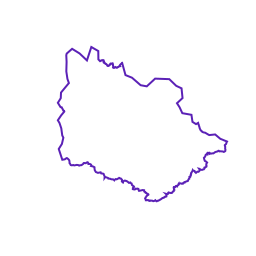 Cagaan-U'ur, Hövsgöl, Mongolia, rotated 125°
{"feature_id": "93677404B89482084042142", "entity_name": "Cagaan-U'ur", "entity_type": "district", "adm_level": 2, "iso_a3": "MNG", "parent_name": "Mongolia", "parent_adm1": "Hövsgöl", "projection": "mercator", "projection_center": [101.619, 50.905], "detail": "fine", "context": "isolated", "style": "outline", "palette": "violet", "viewbox_px": 256, "rotation_deg": 125, "n_neighbors": 0, "source": "geoboundaries", "source_scale": "gbopen_adm2", "svg_char_len": 5631}
<svg xmlns="http://www.w3.org/2000/svg" viewBox="0 0 256 256"><g transform="rotate(125 128 128)"><path d="M191.7,163.6L189.9,161.8L188.0,161.1L187.7,160.8L187.7,159.7L187.9,158.4L188.2,157.6L188.6,157.1L190.4,155.6L190.4,155.2L191.2,153.7L191.1,153.4L190.9,153.0L190.8,152.6L189.7,151.6L189.6,151.2L189.6,150.8L189.5,150.6L187.6,148.8L187.0,147.7L186.9,147.4L186.9,146.7L186.7,146.3L186.3,146.2L185.1,144.8L183.1,144.1L182.2,144.2L181.9,144.0L181.7,143.7L181.4,142.9L181.0,142.4L179.9,142.0L179.2,141.4L179.3,141.1L179.6,140.4L180.2,139.8L179.4,138.8L179.2,137.8L179.2,137.4L179.5,136.7L179.7,136.4L180.3,136.4L179.6,134.6L179.4,133.4L179.4,132.9L180.2,132.4L181.8,130.8L182.1,129.9L182.5,129.1L182.0,126.9L180.0,125.0L180.5,124.2L180.6,123.9L179.7,122.4L179.6,121.6L179.8,121.4L180.5,120.4L181.0,119.4L182.3,118.6L181.5,118.6L181.1,118.3L180.5,116.1L180.4,115.5L180.7,115.1L179.8,113.5L179.8,113.0L179.4,111.9L179.1,111.6L179.0,111.2L178.6,110.7L178.6,109.6L178.7,109.2L178.0,109.2L177.2,108.9L176.8,108.7L176.6,107.9L175.6,107.3L175.0,107.1L174.2,106.6L173.9,106.6L173.8,106.3L173.9,105.4L173.5,104.9L173.8,103.3L173.9,103.2L174.1,102.9L175.1,102.6L175.3,102.2L175.6,101.1L175.5,100.8L175.3,100.9L175.1,101.2L174.5,101.3L173.0,100.6L172.7,100.1L172.6,99.4L172.3,99.0L172.2,98.6L172.3,98.2L172.2,97.6L172.3,96.7L172.2,96.3L172.4,95.9L172.4,95.7L171.3,94.8L171.6,94.3L171.5,93.6L171.4,93.2L172.4,92.1L172.5,91.8L172.4,91.0L172.6,90.5L172.5,89.6L172.7,89.3L173.0,89.5L173.5,89.3L174.3,89.6L175.3,89.0L175.2,88.6L174.7,87.5L174.2,87.0L173.9,86.9L173.4,86.9L173.2,86.7L172.7,85.8L172.3,85.6L172.2,85.1L171.9,84.6L173.1,83.2L173.2,82.9L170.4,80.4L170.2,79.8L169.8,79.4L169.7,79.1L170.6,78.4L170.8,77.9L170.5,77.2L171.0,76.4L170.7,76.0L170.6,75.7L170.8,75.3L171.0,74.3L170.6,73.9L170.6,73.6L170.7,73.2L170.9,73.0L171.1,73.0L171.7,73.5L173.3,73.7L173.8,74.3L173.7,74.0L173.9,73.8L174.1,73.7L174.7,73.8L176.0,73.5L176.2,73.0L176.3,72.5L176.9,72.0L176.7,71.8L176.6,71.5L176.5,71.4L176.4,71.1L175.9,70.8L175.5,70.2L175.6,69.4L175.5,68.7L175.3,68.4L174.7,68.4L174.5,67.6L173.9,67.0L173.6,66.4L173.5,65.4L172.6,64.6L171.5,64.2L171.7,63.7L171.6,63.2L171.7,62.7L171.4,62.3L170.7,62.1L170.1,61.4L169.8,61.4L168.8,60.7L168.1,60.6L167.5,60.2L167.0,60.0L165.5,59.6L164.9,58.9L164.5,58.6L163.7,58.6L163.4,58.2L162.9,58.2L162.1,57.3L161.7,57.4L160.3,58.7L160.2,59.3L159.8,58.2L159.5,57.7L159.1,57.5L158.2,57.4L157.9,57.7L157.8,57.9L157.5,57.8L157.4,57.1L157.1,56.7L156.7,55.6L156.1,54.9L155.7,54.7L155.2,54.7L154.6,54.9L153.6,54.3L152.9,54.7L152.5,54.8L152.1,54.6L151.8,55.2L150.5,56.5L150.0,56.6L149.9,56.5L150.0,56.1L149.6,55.5L148.0,55.5L147.8,55.3L148.0,54.8L147.7,54.2L147.1,54.5L146.4,54.4L145.7,54.0L145.4,54.0L144.8,54.5L144.5,54.5L144.7,54.3L144.7,54.0L144.0,53.9L143.3,53.4L143.0,52.9L142.9,52.1L142.2,51.2L141.9,51.4L141.5,51.3L140.6,50.6L140.5,50.9L139.9,50.7L139.2,50.1L137.9,49.3L137.2,48.6L136.6,48.7L135.8,48.9L134.7,49.0L134.4,48.7L133.2,49.3L132.8,49.7L132.5,49.6L132.2,49.0L131.3,49.3L130.8,49.3L130.6,49.6L130.2,49.9L129.7,49.8L129.0,50.4L128.6,50.5L128.3,50.3L127.7,50.5L126.8,50.4L125.4,50.8L125.6,50.3L125.0,48.9L125.7,47.6L125.6,46.9L125.7,46.6L124.2,46.2L123.6,45.7L123.4,45.1L123.0,45.0L122.0,44.9L121.3,45.1L120.9,45.6L120.6,46.4L120.4,45.9L120.4,45.5L120.6,45.2L120.6,44.7L120.2,43.9L119.6,43.1L119.2,43.0L118.4,42.2L117.2,42.1L116.6,42.7L115.2,41.8L114.6,41.6L114.1,41.9L113.8,42.4L113.5,42.4L113.1,42.9L112.3,43.3L110.9,43.4L110.7,45.1L110.9,46.1L110.8,46.4L109.8,47.7L108.9,48.7L107.2,48.4L105.3,49.0L104.6,48.5L104.4,48.1L103.9,48.6L102.7,48.6L102.6,48.3L102.7,47.8L102.1,47.7L101.5,47.1L101.5,46.9L101.8,46.6L102.3,46.3L101.8,46.0L101.4,45.3L100.3,44.3L100.0,43.7L99.8,43.5L97.6,42.7L95.8,41.2L94.8,40.9L94.6,40.6L94.7,39.7L94.4,39.5L92.8,36.8L92.7,35.9L92.2,35.5L91.1,35.1L90.7,35.3L89.8,35.8L89.3,36.5L87.6,37.6L86.9,38.6L86.4,38.9L85.0,38.5L84.4,38.6L83.4,39.0L82.3,39.1L83.9,46.2L83.3,52.9L87.2,57.4L87.4,59.2L87.6,62.1L88.2,63.4L88.6,64.8L88.4,65.4L88.3,66.4L88.2,66.4L88.1,67.3L88.0,67.6L86.9,69.4L86.6,69.6L86.5,69.8L85.8,70.6L85.5,71.2L85.1,71.5L84.7,72.0L84.6,72.4L84.2,72.8L83.6,73.5L85.8,74.5L86.0,78.7L80.8,83.6L84.7,92.0L81.4,97.7L79.6,102.1L72.2,100.5L64.8,106.9L65.8,112.7L64.3,122.2L72.0,134.1L83.1,136.5L85.7,142.2L84.5,153.6L86.1,160.4L78.0,170.2L78.1,170.3L79.2,170.2L79.6,170.5L81.1,170.7L81.7,170.5L81.9,170.4L82.0,170.1L82.5,170.7L83.4,170.8L83.7,171.0L83.9,171.3L84.7,171.4L85.1,171.7L85.2,172.1L85.1,172.5L85.3,173.3L85.7,173.3L85.8,173.6L86.6,173.8L86.7,174.2L87.1,174.5L87.0,174.9L86.7,174.9L86.3,175.3L85.9,175.6L85.5,176.1L85.2,176.2L85.0,176.6L84.6,176.7L84.3,177.0L84.0,177.5L84.6,177.7L84.6,177.8L84.4,178.1L84.7,178.3L84.8,178.6L85.0,178.6L85.2,178.9L85.2,179.2L85.4,179.3L85.7,179.2L86.2,179.3L86.4,179.0L86.6,179.0L87.2,179.3L87.4,179.5L88.0,179.6L88.3,179.5L88.6,180.0L88.8,180.2L88.8,180.7L88.7,180.9L88.6,181.1L88.3,181.5L88.2,182.1L88.1,182.3L88.1,182.5L88.1,182.9L88.4,183.2L88.2,183.9L88.3,184.5L88.0,184.6L88.0,184.8L88.1,185.1L88.3,185.2L88.3,185.3L88.1,185.3L87.8,185.8L87.2,185.8L87.1,186.0L87.0,186.3L86.5,186.9L86.7,187.5L87.2,187.6L87.4,188.0L87.7,188.1L87.8,188.6L88.0,188.7L88.7,189.0L89.0,189.0L89.3,189.2L88.8,191.6L82.0,196.5L82.7,204.5L96.2,200.4L94.7,210.4L95.2,219.2L102.2,220.9L103.8,220.3L109.1,216.2L117.0,211.0L122.5,205.8L125.1,202.2L137.4,203.2L142.1,200.2L147.6,199.9L149.6,195.2L149.2,194.5L149.1,194.0L149.5,193.6L150.0,192.3L150.4,191.8L150.5,191.3L150.8,191.0L150.6,190.2L151.1,189.6L155.9,190.0L161.9,189.9L163.2,187.0L166.5,182.5L171.8,177.6L173.0,175.4L179.0,173.0L184.9,172.7L191.7,163.6Z" fill="none" stroke="#5b21b6" stroke-width="2"/></g></svg>